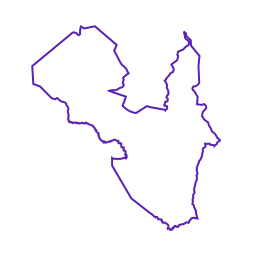 outline of Santa María Peñoles, Oaxaca, Mexico, rotated 265°
{"feature_id": "50627088B61108461233373", "entity_name": "Santa María Peñoles", "entity_type": "district", "adm_level": 2, "iso_a3": "MEX", "parent_name": "Mexico", "parent_adm1": "Oaxaca", "projection": "mercator", "projection_center": [-97.041, 17.056], "detail": "fine", "context": "isolated", "style": "outline", "palette": "violet", "viewbox_px": 256, "rotation_deg": 265, "n_neighbors": 0, "source": "geoboundaries", "source_scale": "gbopen_adm2", "svg_char_len": 5882}
<svg xmlns="http://www.w3.org/2000/svg" viewBox="0 0 256 256"><g transform="rotate(265 128 128)"><path d="M227.7,80.9L198.0,38.0L180.1,37.5L177.2,43.9L164.3,54.6L163.0,58.1L164.0,59.7L163.6,60.7L161.9,61.9L160.1,64.2L159.3,66.7L158.9,67.4L158.5,67.9L157.6,68.4L156.2,68.7L155.6,69.1L154.5,69.6L154.2,69.9L153.2,70.3L151.6,70.1L150.1,69.5L149.5,69.4L148.7,69.6L147.1,69.7L146.2,70.0L145.4,69.9L144.8,69.6L143.8,69.4L143.3,69.4L143.0,69.6L142.6,69.2L142.2,69.4L141.5,69.2L140.8,69.6L140.5,69.5L140.1,69.8L139.6,69.7L139.1,70.0L139.2,70.6L138.7,71.0L138.6,71.4L138.9,71.7L138.5,72.1L138.4,73.2L138.3,73.4L137.8,73.5L137.9,74.1L137.9,75.1L138.2,76.2L137.5,76.9L137.1,77.4L137.5,78.3L137.5,78.9L136.7,79.6L136.9,80.4L136.8,81.3L137.3,82.9L137.2,83.1L136.8,83.2L136.4,83.9L136.5,85.0L136.8,85.7L136.4,85.9L136.4,86.6L136.9,86.9L136.9,87.1L136.2,87.6L135.7,88.3L135.6,89.1L134.8,89.8L134.1,91.5L133.8,91.9L133.8,92.4L133.3,93.2L132.6,93.6L131.7,93.9L130.9,94.8L130.0,94.9L129.6,95.3L129.2,95.2L128.7,96.2L127.9,95.9L126.9,96.3L126.5,97.0L125.9,97.3L125.4,98.1L125.1,97.8L123.6,98.2L122.9,97.9L122.5,98.3L121.6,98.2L120.8,98.8L120.0,98.8L119.4,99.0L118.6,100.1L117.9,100.2L116.7,102.5L116.0,102.1L115.6,102.3L115.5,102.9L115.7,103.7L116.3,104.0L115.3,105.1L116.2,107.7L115.8,109.1L116.0,109.4L116.6,109.4L116.8,111.7L117.3,112.4L117.6,113.9L117.3,114.5L116.0,116.0L115.8,116.7L116.0,117.2L115.8,117.5L114.1,117.1L113.7,117.3L113.4,118.5L113.5,119.2L113.3,119.9L112.4,119.7L111.9,119.9L111.1,119.7L109.6,119.8L109.2,120.5L109.3,120.9L109.2,121.6L108.9,122.2L108.6,122.2L108.1,121.8L106.2,121.6L105.7,121.9L105.7,123.0L105.4,123.4L104.7,123.6L103.8,123.4L103.1,123.4L102.1,122.9L101.8,123.2L101.8,123.8L101.6,124.0L100.9,124.2L100.5,124.1L100.2,123.2L99.6,123.1L99.3,123.3L99.6,124.2L99.2,124.3L98.7,123.8L97.8,123.4L98.2,122.4L98.5,122.2L98.6,121.1L98.1,119.6L97.9,117.1L98.1,116.6L98.0,115.3L98.4,113.4L98.3,112.6L98.6,111.6L98.6,110.7L99.6,109.5L91.9,108.9L57.5,125.2L43.7,140.0L38.9,145.4L38.1,145.9L36.8,147.3L36.5,147.8L36.6,148.1L37.0,148.2L36.9,148.9L36.7,149.3L36.3,149.6L34.6,149.9L34.6,150.5L33.9,152.3L34.1,153.2L33.6,153.6L32.9,153.6L32.4,153.9L31.9,154.0L31.6,153.7L31.3,154.0L30.5,154.6L30.4,154.8L30.7,156.2L30.6,156.5L30.0,157.0L29.2,158.3L28.4,159.2L27.7,159.6L26.9,159.7L25.8,159.5L24.2,158.7L24.0,158.8L24.4,159.6L24.2,160.5L24.0,161.0L23.6,160.9L22.8,161.2L22.9,162.7L23.1,163.4L24.5,163.6L24.8,164.2L24.6,164.7L24.8,165.1L25.7,165.2L26.3,166.0L26.4,166.7L26.0,167.2L25.3,167.6L25.4,169.6L26.0,169.6L26.7,170.2L27.0,170.8L27.3,173.1L27.5,173.5L27.6,174.1L27.3,174.7L27.3,175.0L28.0,176.0L28.9,178.0L28.6,179.0L28.3,179.9L28.4,180.4L28.8,180.7L30.0,180.8L30.7,181.4L31.2,182.4L32.2,182.9L32.6,183.7L32.8,186.4L32.6,186.8L32.4,186.9L32.1,187.9L32.2,188.3L31.8,189.3L37.8,188.2L39.0,188.5L40.0,188.4L40.7,187.8L42.0,187.6L42.8,187.1L44.9,186.8L45.5,186.5L46.7,185.5L48.5,186.1L51.7,186.2L52.7,186.9L53.5,187.0L55.3,186.8L56.7,187.9L57.4,188.3L57.8,188.7L59.0,188.5L61.6,188.5L62.5,189.0L63.5,189.2L65.5,190.0L67.9,190.5L69.3,191.4L69.8,191.8L70.7,192.1L74.4,192.4L74.7,192.1L76.6,193.3L78.0,193.2L79.2,192.8L80.8,192.9L81.4,193.1L82.4,193.0L83.2,193.6L84.1,193.7L87.7,195.7L88.7,195.8L90.5,197.7L91.5,198.0L93.0,199.0L93.4,199.0L94.2,199.5L95.0,199.4L95.9,199.9L96.5,199.9L97.5,200.3L99.1,200.7L100.5,200.7L101.3,201.2L102.4,203.3L103.5,203.5L103.8,203.7L105.7,203.5L105.5,204.2L105.3,204.6L105.3,207.8L104.7,208.3L104.3,208.4L104.4,208.8L104.2,209.2L104.0,209.3L103.8,210.1L103.6,210.4L103.5,211.4L103.0,212.4L102.5,212.5L103.5,213.5L103.8,214.3L104.5,215.2L105.2,215.4L106.2,216.1L107.0,217.8L107.4,218.3L107.9,218.5L108.4,218.3L109.7,216.8L110.8,215.8L112.8,215.2L115.4,213.5L117.1,211.5L118.9,210.8L120.7,210.4L121.8,209.6L123.7,208.9L125.1,208.5L126.6,208.3L128.2,206.3L130.3,204.3L131.6,203.8L133.2,202.9L133.4,202.8L136.5,203.6L137.7,204.2L138.7,205.1L139.3,206.1L139.7,206.3L140.9,207.6L141.4,207.8L143.2,207.5L143.7,207.4L144.1,206.8L145.1,206.0L145.2,205.2L144.6,203.7L144.7,203.0L145.7,198.8L146.9,199.0L152.8,200.1L158.6,197.5L160.2,196.0L161.3,195.7L162.0,195.6L162.2,195.9L163.5,196.5L163.8,197.4L163.8,197.9L163.6,198.3L163.9,199.4L164.5,200.6L164.9,201.2L166.7,202.9L183.4,203.6L193.6,205.5L204.7,197.9L209.9,198.2L214.6,194.1L217.4,193.8L218.7,192.5L218.5,192.2L217.9,192.2L216.3,192.4L215.2,192.8L213.2,192.6L211.7,193.5L210.3,195.0L208.5,196.4L205.3,195.5L203.8,192.5L201.3,189.7L199.7,184.5L197.6,183.9L196.3,183.6L195.3,184.3L193.7,183.8L191.6,183.0L190.9,182.3L187.7,177.1L187.0,176.7L184.9,178.0L183.1,178.6L182.4,178.7L181.7,178.5L180.1,177.9L179.7,177.4L179.5,176.4L178.8,175.2L177.8,174.2L176.7,173.4L174.4,170.8L173.5,170.2L173.0,170.2L171.9,168.7L170.1,169.7L167.6,170.7L164.9,170.2L164.4,170.3L163.9,170.4L162.3,171.1L160.2,171.5L158.9,171.2L158.4,171.3L157.9,171.1L157.6,170.5L157.3,170.4L156.3,169.3L155.6,169.1L154.9,169.0L153.9,170.0L153.2,170.2L151.3,169.7L151.0,169.2L151.0,167.7L149.9,166.9L148.3,166.7L148.1,166.5L147.9,166.1L147.0,166.4L146.7,166.8L146.5,167.3L146.5,168.2L146.4,168.6L145.8,168.9L144.5,168.7L143.8,168.4L143.3,167.9L142.9,167.2L142.3,166.7L142.9,166.4L146.8,152.1L148.1,148.7L142.2,137.3L143.3,133.7L143.9,132.8L144.1,132.0L146.7,128.3L148.4,126.5L149.7,125.5L150.1,124.8L150.7,124.7L151.3,124.8L155.6,127.0L159.5,128.6L164.9,116.1L166.1,114.0L166.3,112.9L166.7,112.5L167.0,114.7L166.8,118.9L167.5,121.2L168.5,123.1L169.2,125.7L169.5,126.2L170.1,127.0L171.0,127.4L171.9,127.5L172.4,126.8L172.8,126.7L175.2,127.4L176.5,128.0L178.3,127.5L179.1,128.3L181.3,131.2L182.0,133.0L182.2,133.3L182.8,133.3L184.3,132.3L187.0,131.5L188.9,129.9L189.9,129.2L190.2,128.8L191.2,127.7L192.6,126.7L206.4,120.9L208.0,122.0L211.8,123.9L232.2,103.9L231.0,93.1L233.2,89.9L230.9,89.1L228.6,88.7L226.2,88.4L225.8,88.5L224.8,86.9L225.6,85.8L226.8,85.1L227.8,83.0L228.1,82.3L227.7,80.9Z" fill="none" stroke="#5b21b6" stroke-width="2"/></g></svg>